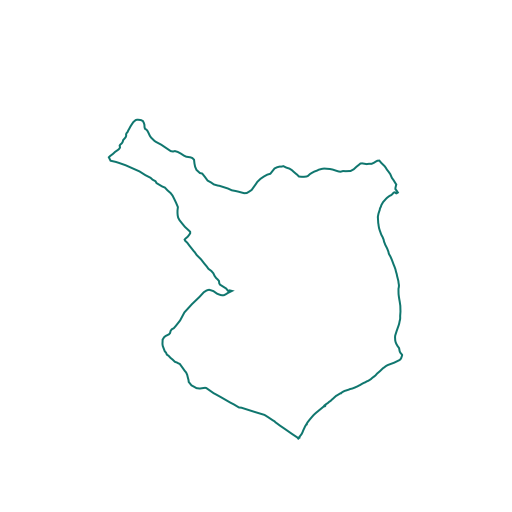 Dom Aleixo, Dili, East Timor (Natural Earth projection), rotated 120°
{"feature_id": "22284137B34351426942246", "entity_name": "Dom Aleixo", "entity_type": "district", "adm_level": 2, "iso_a3": "TLS", "parent_name": "East Timor", "parent_adm1": "Dili", "projection": "natural_earth1", "projection_center": [125.529, -8.576], "detail": "fine", "context": "isolated", "style": "outline", "palette": "teal", "viewbox_px": 512, "rotation_deg": 120, "n_neighbors": 0, "source": "geoboundaries", "source_scale": "gbopen_adm2", "svg_char_len": 6088}
<svg xmlns="http://www.w3.org/2000/svg" viewBox="0 0 512 512"><g transform="rotate(120 256 256)"><path d="M244.1,432.8L244.9,431.6L246.2,429.6L244.6,424.4L243.9,421.2L242.6,414.3L241.0,399.2L241.3,392.3L241.0,386.4L241.6,383.8L241.5,380.4L242.6,378.6L242.7,372.0L242.3,369.1L243.4,365.5L244.2,361.4L245.4,358.5L247.5,355.3L249.9,351.8L252.7,348.1L255.9,346.7L258.0,345.5L259.9,344.2L261.7,342.6L263.2,340.2L264.6,336.7L266.3,332.2L267.9,325.2L269.1,324.4L270.7,324.4L273.5,324.8L276.3,325.8L277.5,326.0L278.2,325.0L278.9,322.1L280.3,318.9L283.0,312.1L283.3,311.0L284.8,307.9L286.4,301.9L288.4,297.0L289.7,293.4L290.9,290.8L291.3,287.2L292.3,284.3L293.9,282.0L295.0,279.6L295.5,277.4L296.2,275.5L298.0,274.2L298.8,272.9L299.1,265.5L299.4,264.8L300.1,263.1L300.2,262.5L299.1,261.9L298.7,260.8L298.3,259.4L302.1,261.9L304.4,263.1L306.0,264.2L306.7,265.2L307.4,266.8L307.8,268.8L308.1,270.8L308.0,272.0L307.7,275.3L308.2,277.7L308.7,279.7L309.8,280.9L310.8,281.7L313.5,283.1L319.7,284.5L329.7,287.4L340.6,289.8L349.8,289.5L356.7,290.5L359.7,291.1L361.6,292.3L363.6,292.5L365.7,291.9L367.3,292.2L370.5,294.3L372.4,295.0L374.1,295.0L375.0,295.1L379.0,293.0L380.5,291.8L384.2,287.3L384.6,285.8L385.2,284.9L386.0,283.9L386.1,281.9L387.0,279.0L387.4,276.4L388.2,273.3L387.8,271.3L387.8,269.8L387.6,268.0L389.7,263.3L391.1,260.3L391.8,258.3L393.3,256.2L395.4,254.2L397.2,252.4L398.7,251.3L400.3,247.2L400.2,244.2L400.2,241.5L398.9,238.4L397.0,236.0L395.6,234.2L395.2,233.0L396.0,224.1L395.9,221.6L395.8,215.9L395.8,211.0L395.8,204.8L395.6,201.1L395.7,195.0L394.7,192.9L391.8,179.6L389.4,169.3L389.4,167.9L389.5,165.9L389.5,165.3L389.9,159.3L389.9,157.3L390.3,156.0L390.5,153.9L390.9,150.6L391.2,146.4L391.4,143.9L392.1,135.8L392.3,132.6L392.5,129.4L393.0,128.1L391.8,127.7L391.6,127.5L391.1,127.7L391.2,128.0L389.9,127.8L387.7,127.5L386.7,127.5L385.3,127.6L383.4,127.9L378.8,128.3L376.6,128.2L376.5,127.9L376.3,127.9L376.1,128.2L374.4,128.2L370.8,127.7L367.5,127.1L365.0,126.6L363.3,126.1L361.2,125.4L359.7,124.8L358.0,124.2L356.5,123.6L352.7,122.2L351.8,121.8L351.8,121.3L351.4,121.1L351.2,121.1L351.0,121.9L349.0,121.1L347.5,120.3L345.6,119.7L344.3,119.0L343.7,118.8L342.5,118.5L340.6,117.8L339.5,117.5L338.6,117.2L338.0,117.0L337.1,116.7L336.8,116.5L336.7,116.5L336.3,116.2L333.0,114.4L332.7,114.2L332.5,113.8L332.4,113.7L332.2,113.7L332.1,113.8L331.9,113.7L330.4,113.0L329.0,112.1L328.8,112.0L328.1,111.4L327.9,111.2L327.7,111.0L327.2,110.5L326.9,110.3L326.2,109.6L324.9,108.5L324.4,108.2L323.8,107.6L323.7,107.5L322.8,106.5L322.1,105.9L320.8,104.9L320.7,104.7L320.4,104.6L319.6,104.0L318.4,103.1L317.3,102.4L316.3,101.8L315.8,101.4L315.2,101.1L313.4,100.1L312.3,99.4L312.0,99.2L310.7,98.2L309.6,97.6L309.2,97.4L308.3,96.6L306.9,95.8L305.7,95.2L304.9,94.8L304.0,94.6L303.6,94.4L303.0,94.2L302.2,93.9L302.0,93.7L301.8,93.6L301.6,93.5L300.9,93.4L300.1,92.9L297.1,92.3L295.8,91.8L293.5,91.0L291.0,90.3L289.4,89.8L288.5,89.3L287.2,88.8L285.9,88.2L284.5,87.3L282.8,85.9L279.3,83.0L274.4,79.7L273.3,79.3L272.0,79.2L270.9,79.4L269.9,79.6L269.0,79.8L268.5,80.1L267.6,82.6L267.1,83.4L266.4,84.2L265.2,85.2L264.4,85.9L264.0,86.5L263.3,88.2L261.9,90.6L260.7,92.1L259.4,93.3L258.0,94.2L256.8,95.0L255.2,95.7L250.6,96.7L244.2,97.9L242.7,98.3L240.4,99.1L239.2,99.4L237.8,100.0L235.8,101.2L231.9,103.1L227.0,106.1L223.7,108.7L221.8,110.3L219.7,112.0L217.7,113.5L215.4,114.9L213.2,116.2L211.4,116.8L209.8,117.6L208.0,119.1L206.5,120.2L202.8,123.8L201.3,125.1L199.6,126.9L197.8,128.6L196.1,130.6L194.4,132.8L192.8,134.7L191.1,136.8L189.2,139.4L188.1,141.3L187.8,141.8L187.2,142.5L186.6,143.0L186.1,143.5L185.9,143.7L183.9,146.2L182.6,148.2L181.5,149.9L180.6,150.9L180.4,151.2L179.7,152.1L178.9,152.9L178.4,153.3L177.7,154.0L177.3,154.7L176.6,155.4L175.0,158.0L174.2,159.0L173.7,159.6L173.5,159.8L172.0,161.6L170.4,163.3L169.7,163.9L168.4,165.0L167.3,165.8L166.5,166.5L165.8,167.0L165.0,167.5L162.8,169.0L161.9,169.5L161.5,169.9L161.0,170.1L159.6,170.6L159.3,170.7L158.1,171.1L157.7,171.2L155.3,171.7L154.2,171.9L153.2,172.3L152.5,172.4L151.9,172.5L150.9,172.5L149.7,172.8L149.1,172.9L148.5,172.9L147.6,172.9L147.4,172.9L145.7,172.9L142.9,172.3L142.4,172.2L141.9,172.1L141.4,172.0L140.0,171.6L137.6,170.6L136.7,170.1L136.1,169.6L135.5,169.3L134.7,169.0L133.5,168.7L132.8,168.6L132.1,168.3L131.7,168.0L131.5,167.7L131.4,167.3L131.6,166.5L131.6,165.8L131.4,165.6L131.0,165.5L130.7,165.2L130.1,164.9L129.3,166.5L128.3,168.8L127.0,169.4L123.9,170.3L123.6,171.0L121.5,174.9L120.4,177.4L119.2,179.0L118.0,180.6L116.8,183.2L115.7,185.9L114.7,187.7L113.9,189.5L112.7,194.2L111.7,196.9L112.8,198.5L114.2,199.4L116.3,200.5L118.4,202.0L119.6,204.2L121.1,206.1L122.7,210.4L123.7,211.8L125.4,212.4L128.4,213.6L132.0,214.7L135.1,216.6L137.7,220.7L138.9,223.1L140.8,225.0L141.5,226.8L142.1,229.4L142.8,232.8L143.7,235.5L144.9,238.0L146.2,240.7L147.6,242.5L149.9,244.8L151.6,245.9L153.7,247.7L156.3,249.3L158.0,250.2L160.8,251.1L161.9,252.0L163.6,254.3L164.9,256.7L165.7,258.6L165.0,261.0L164.8,262.5L164.2,265.7L163.7,267.9L163.6,270.7L164.3,274.0L164.5,277.2L165.9,278.7L166.8,280.3L168.6,282.1L170.9,283.7L173.5,284.1L177.6,284.7L179.9,286.9L183.2,288.9L186.9,290.7L191.1,291.9L193.9,292.1L201.0,292.8L204.0,294.3L206.1,295.5L207.5,297.6L208.2,300.1L209.1,303.5L210.0,306.4L211.2,309.8L211.6,314.1L213.5,322.8L214.1,324.3L215.1,328.3L214.8,331.7L214.9,335.6L213.1,339.7L211.5,343.8L212.2,346.1L211.2,350.6L209.1,353.4L206.6,355.6L203.6,357.8L203.0,360.1L203.3,362.0L204.9,366.1L205.1,368.5L204.9,372.2L205.0,375.8L205.7,378.7L207.0,380.1L207.8,382.3L207.0,393.7L207.2,399.6L207.1,401.4L205.9,406.1L205.0,408.0L202.9,411.0L201.9,412.6L201.4,414.0L201.3,415.8L200.1,417.0L198.1,418.3L196.8,419.7L195.7,421.4L195.8,423.5L196.7,425.7L197.4,427.1L198.5,428.2L201.4,429.2L204.3,429.4L206.7,429.5L209.1,429.4L211.3,429.4L212.8,429.2L214.1,429.5L215.5,429.4L216.7,428.6L218.2,428.3L219.6,428.5L222.1,429.0L223.0,428.7L224.3,428.5L225.6,428.6L227.3,429.2L228.5,429.3L229.2,428.7L229.9,428.1L230.7,428.0L232.2,428.2L233.6,428.8L236.3,430.1L239.0,430.9L242.3,432.3L244.1,432.8Z" fill="none" stroke="#0f766e" stroke-width="2"/></g></svg>